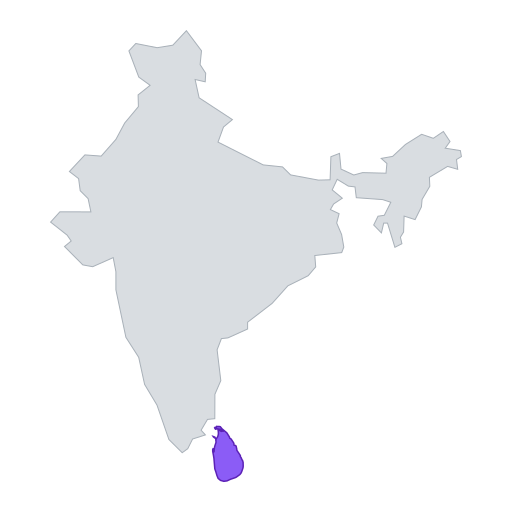 Sri Lanka shown with its bordering countries
{"feature_id": "LKA", "entity_name": "Sri Lanka", "entity_type": "country or territory", "adm_level": 0, "iso_a3": "LKA", "parent_name": "Asia", "parent_adm1": "", "projection": "mercator", "projection_center": [80.512, 7.881], "detail": "fine", "context": "with_neighbors", "style": "filled", "palette": "violet", "viewbox_px": 512, "rotation_deg": 0, "n_neighbors": 1, "source": "natural_earth", "source_scale": "50m", "svg_char_len": 2689}
<svg xmlns="http://www.w3.org/2000/svg" viewBox="0 0 512 512"><path d="M460.4,150.6L461.4,156.6L456.5,159.5L457.7,169.3L447.6,166.4L429.4,177.3L429.8,186.3L422.1,199.4L421.4,206.9L415.1,219.6L404.1,216.1L403.6,232.0L400.4,237.2L401.9,243.7L394.9,247.3L387.5,223.1L383.7,223.1L381.4,232.9L373.7,225.0L378.0,216.2L384.3,215.3L390.8,202.3L382.7,199.6L356.3,197.7L355.0,186.9L348.3,186.1L337.2,179.3L332.2,189.9L342.3,198.2L333.6,204.0L330.4,209.6L339.1,213.7L336.7,223.0L341.6,234.5L343.8,247.1L341.7,252.6L314.8,255.5L315.7,266.9L308.2,275.7L287.9,285.8L272.2,303.3L247.6,322.2L247.6,329.0L227.9,337.9L221.4,338.6L217.1,349.8L220.8,380.6L214.9,394.3L214.8,418.7L207.5,419.4L201.1,430.2L205.4,434.9L192.6,439.0L187.8,448.6L182.2,452.7L168.9,439.5L157.0,405.1L144.6,384.4L138.7,357.3L125.9,337.3L115.9,289.8L115.9,271.7L113.2,257.6L92.7,266.7L82.8,264.9L64.5,246.5L71.2,241.0L67.1,235.1L50.6,222.1L59.9,211.8L90.9,211.9L88.1,198.6L80.2,190.7L78.6,178.6L69.4,171.5L84.9,154.9L101.2,156.1L115.9,139.4L124.7,123.0L138.4,106.6L138.1,94.9L150.1,85.3L138.8,77.1L128.9,50.9L135.8,43.5L157.1,47.7L172.8,45.2L186.4,30.7L201.5,50.8L200.1,64.6L205.7,73.2L205.2,81.8L195.1,79.5L199.1,97.8L232.4,119.6L223.5,127.0L218.0,142.1L263.2,164.9L282.5,166.9L290.6,174.9L318.4,180.1L330.1,179.8L330.9,156.7L339.5,153.4L341.0,169.1L353.8,175.0L362.6,172.6L386.0,173.2L386.9,163.5L381.2,158.4L392.6,156.4L405.4,144.5L421.6,134.3L433.3,138.3L443.4,131.5L450.0,141.5L445.2,148.2L460.4,150.6Z" fill="#d9dde1" stroke="#a8b0b8" stroke-width="1"/><path d="M216.5,426.4L217.9,426.5L219.3,426.5L220.3,426.7L222.1,428.9L226.8,432.8L229.3,436.8L229.6,437.7L229.9,438.4L230.5,438.6L231.1,439.0L233.6,442.8L233.9,443.6L233.9,444.4L234.0,445.1L234.7,445.4L235.5,445.5L236.1,446.1L236.8,449.2L236.8,450.1L237.0,450.5L240.2,455.3L240.4,455.9L240.3,456.3L240.4,456.7L241.1,457.6L242.0,459.8L242.5,460.3L243.1,462.3L243.2,466.1L243.0,467.8L242.3,469.9L241.6,471.9L240.9,473.3L239.8,474.6L236.2,477.2L235.1,477.7L230.4,479.3L227.0,480.9L223.8,481.3L220.5,480.4L218.1,478.4L216.9,475.4L216.0,472.3L214.8,468.8L213.9,458.1L213.4,455.1L212.7,451.3L212.7,449.6L213.3,448.1L213.3,451.5L213.7,452.0L214.1,451.5L214.4,447.9L214.7,446.4L216.0,442.4L216.0,441.7L215.8,440.2L215.8,439.5L217.7,436.7L218.2,435.0L218.4,433.4L218.3,431.6L218.0,429.8L219.5,430.4L220.4,431.0L221.3,431.4L222.0,431.2L222.8,431.2L222.2,430.2L220.4,429.3L217.4,428.8L216.5,428.1L216.1,427.4L216.3,426.7L216.5,426.4ZM215.0,437.3L215.4,438.4L214.3,437.6L213.5,437.0L213.2,436.5L214.8,437.1L215.0,437.3ZM216.4,429.0L215.5,429.2L214.8,428.2L214.6,427.8L214.8,427.6L215.0,427.4L215.2,427.5L215.5,428.3L216.4,429.0Z" fill="#8b5cf6" stroke="#5b21b6" stroke-width="1.5"/></svg>